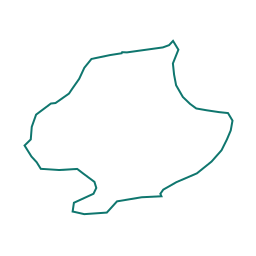 outline of Vårgårda, Västra Götaland, Sweden, rotated 174°
{"feature_id": "70781695B65797043519152", "entity_name": "Vårgårda", "entity_type": "district", "adm_level": 2, "iso_a3": "SWE", "parent_name": "Sweden", "parent_adm1": "Västra Götaland", "projection": "robinson", "projection_center": [12.81, 58.003], "detail": "fine", "context": "isolated", "style": "outline", "palette": "teal", "viewbox_px": 256, "rotation_deg": 174, "n_neighbors": 0, "source": "geoboundaries", "source_scale": "gbopen_adm2", "svg_char_len": 796}
<svg xmlns="http://www.w3.org/2000/svg" viewBox="0 0 256 256"><g transform="rotate(174 128 128)"><path d="M202.1,160.4L218.0,150.9L223.6,139.2L225.9,126.8L232.7,121.4L227.0,109.7L222.4,103.5L219.0,96.5L200.9,93.4L182.8,92.6L177.1,87.2L167.0,77.9L165.8,71.7L169.2,66.2L189.6,59.3L191.8,50.7L190.2,50.2L180.5,46.9L157.9,46.1L146.6,56.2L121.7,57.7L101.9,56.6L102.7,59.2L99.4,63.0L85.5,69.1L64.2,75.7L48.4,85.9L37.3,96.1L30.8,106.3L26.1,114.8L23.3,124.4L27.0,132.4L35.9,134.3L47.9,137.4L58.1,140.3L63.7,145.4L70.2,153.1L75.7,165.5L76.6,176.3L76.6,187.5L69.7,200.6L74.1,209.9L78.5,206.1L84.9,204.5L109.6,203.7L121.1,203.3L125.9,204.0L126.5,203.0L138.2,202.4L157.1,200.5L165.1,192.5L171.4,182.0L179.5,172.7L183.1,168.4L197.5,160.4L202.1,160.4Z" fill="none" stroke="#0f766e" stroke-width="2"/></g></svg>